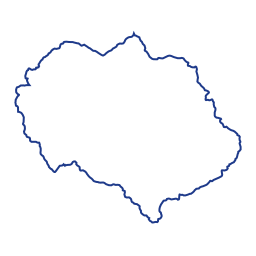 Supatá, Cundinamarca, Colombia (Mercator projection)
{"feature_id": "7082276B73232979228436", "entity_name": "Supatá", "entity_type": "district", "adm_level": 2, "iso_a3": "COL", "parent_name": "Colombia", "parent_adm1": "Cundinamarca", "projection": "mercator", "projection_center": [-74.247, 5.057], "detail": "fine", "context": "isolated", "style": "outline", "palette": "blue", "viewbox_px": 256, "rotation_deg": 0, "n_neighbors": 0, "source": "geoboundaries", "source_scale": "gbopen_adm2", "svg_char_len": 5723}
<svg xmlns="http://www.w3.org/2000/svg" viewBox="0 0 256 256"><path d="M55.0,172.0L55.8,171.2L59.7,165.8L62.2,165.5L62.8,165.1L63.5,164.4L63.7,164.8L64.2,164.8L64.1,165.1L64.4,165.4L64.6,165.3L64.9,165.6L65.1,165.3L64.9,165.1L65.1,165.0L65.4,165.3L67.7,164.9L70.0,164.8L71.5,164.1L72.8,162.0L73.8,161.5L75.0,161.4L76.4,162.7L76.5,162.9L76.2,164.1L77.1,165.3L79.1,166.6L79.6,167.1L79.7,167.9L79.7,169.0L80.2,170.3L80.8,170.6L83.0,170.3L85.3,171.6L86.5,173.0L86.9,173.8L88.8,176.3L90.3,177.7L91.5,178.5L92.7,179.7L93.5,180.8L94.1,181.2L96.3,181.9L98.1,182.1L99.0,182.5L99.8,182.5L100.7,182.7L102.0,182.5L103.2,182.5L104.4,182.9L106.1,184.2L108.9,185.2L111.3,185.3L113.2,184.3L113.8,184.3L115.5,184.9L117.9,184.8L119.5,185.1L120.7,186.7L121.2,187.0L122.3,188.0L122.8,189.0L122.8,190.3L124.7,191.0L124.9,192.2L124.4,194.6L124.8,195.6L124.9,196.3L125.2,196.9L126.7,197.5L129.1,197.4L130.4,198.3L131.1,199.2L131.6,201.3L132.1,202.1L133.4,202.7L134.2,203.7L137.1,204.2L139.6,206.1L139.7,206.4L139.5,208.0L140.2,209.7L140.9,210.6L141.0,212.4L141.5,213.3L143.3,214.8L144.3,215.4L145.1,215.5L146.2,215.4L146.6,215.6L147.5,217.0L149.2,218.1L148.8,218.7L148.8,219.3L149.9,220.8L151.4,221.6L152.1,222.4L152.6,222.5L153.5,222.4L155.6,221.9L157.2,222.1L157.7,221.7L158.0,221.2L158.2,219.1L158.6,218.9L159.6,218.8L160.3,218.4L161.1,217.5L161.6,216.4L161.6,215.2L161.2,214.3L160.9,212.8L160.7,212.4L159.9,211.9L159.5,211.2L159.4,210.5L159.5,208.8L159.9,207.0L161.0,204.5L163.6,200.7L165.8,200.4L166.5,199.9L166.9,199.0L168.3,198.6L169.5,198.7L171.2,199.4L171.7,199.4L175.6,198.7L176.1,198.7L177.1,199.0L177.9,199.7L178.6,199.5L178.9,199.3L179.1,198.7L179.4,194.9L179.6,194.5L181.2,194.9L182.5,194.8L183.7,195.4L185.4,195.4L187.7,194.7L189.9,193.8L190.9,193.8L192.6,192.6L194.0,191.3L194.7,190.2L195.5,189.6L196.3,188.8L198.9,188.5L199.7,187.5L201.3,186.7L202.9,186.3L206.1,185.0L206.8,184.6L207.8,183.7L209.7,181.6L210.1,180.9L210.6,180.8L211.8,181.2L212.3,181.1L213.5,180.0L219.0,177.6L221.4,176.3L222.0,175.6L222.2,174.5L221.7,171.5L221.7,170.9L221.9,170.4L222.7,170.3L224.5,170.5L226.2,170.0L226.9,169.6L227.7,168.5L227.3,167.3L227.3,166.7L229.1,165.8L229.4,164.3L230.4,164.1L231.7,163.2L233.9,162.2L234.6,161.0L235.2,160.5L235.4,159.0L236.4,158.3L237.0,157.0L237.7,154.0L238.3,152.8L238.2,152.1L238.3,151.7L239.5,150.9L240.6,149.5L240.6,146.8L239.6,143.5L239.7,142.9L240.4,141.9L240.2,141.1L239.7,140.3L239.6,139.6L239.5,138.2L239.8,136.9L239.1,135.8L237.4,135.1L237.3,134.0L234.7,131.6L233.3,130.8L231.3,130.2L230.1,129.6L227.8,128.1L227.4,127.5L226.4,126.7L225.1,127.2L223.8,126.9L223.3,125.4L222.6,123.9L222.4,123.6L221.3,123.1L220.1,121.7L220.1,120.3L220.5,119.7L221.1,119.1L220.9,118.7L218.0,117.8L216.8,117.7L216.1,117.4L215.0,116.4L214.7,115.5L214.7,112.4L215.4,110.1L215.5,108.8L215.2,107.8L214.4,107.1L214.2,106.7L213.7,104.4L213.8,102.3L213.0,101.4L212.5,99.8L212.3,99.5L211.8,99.4L210.3,100.1L209.2,100.3L208.0,99.8L206.0,100.1L205.8,100.0L205.6,99.6L205.6,98.8L205.9,97.9L205.7,96.3L205.9,95.6L207.1,94.3L208.7,92.9L208.9,92.5L208.7,91.9L208.2,91.4L206.4,90.5L205.0,90.3L204.8,90.1L204.2,88.7L203.6,87.9L201.2,85.8L199.8,83.7L198.3,82.7L197.4,81.6L197.7,78.9L198.0,77.8L197.4,74.9L196.4,71.5L196.9,69.4L196.8,68.7L196.3,67.1L195.9,66.7L195.5,66.6L195.2,66.7L194.4,67.4L192.5,67.3L191.3,67.0L189.7,66.0L188.1,65.8L187.9,65.5L187.9,64.2L188.4,63.0L188.3,62.6L186.9,62.1L185.9,61.4L184.4,59.8L183.7,58.6L183.0,58.2L181.8,57.9L180.1,58.2L177.7,58.2L173.9,57.1L171.3,56.0L170.1,55.7L169.0,55.7L167.8,56.0L162.8,58.4L161.0,58.3L159.1,57.9L158.3,58.0L157.4,59.2L156.8,59.3L153.4,59.2L152.1,58.8L149.6,56.8L148.1,53.8L146.5,51.6L144.9,50.7L144.7,50.1L145.3,48.2L144.5,45.5L142.8,43.9L141.8,41.7L140.7,40.8L139.7,38.6L139.4,37.4L138.5,36.9L137.3,36.5L136.4,35.8L134.8,35.4L133.9,33.5L133.4,35.2L131.9,36.7L130.8,37.0L129.3,37.1L128.2,37.5L126.5,38.6L125.7,39.4L125.0,40.5L124.7,41.5L123.4,43.3L122.8,43.5L121.3,43.7L119.9,43.5L118.5,44.1L117.3,44.8L116.4,46.6L114.3,47.9L113.0,48.5L111.8,49.9L111.2,50.4L108.6,51.4L106.3,53.1L104.8,54.6L103.2,55.5L102.5,55.4L101.1,54.7L98.3,52.9L96.8,51.8L95.1,50.9L93.3,50.8L92.9,50.6L90.1,48.4L88.5,47.7L87.7,47.0L84.2,44.7L81.7,45.7L81.3,45.6L78.6,43.4L77.3,43.3L73.7,42.4L72.9,42.1L69.0,42.0L66.5,41.7L64.3,41.9L64.0,42.0L63.5,42.5L63.5,42.9L63.1,43.5L62.7,43.7L61.4,43.8L60.6,44.5L60.4,45.0L59.8,47.4L59.3,48.2L56.4,48.9L54.5,48.6L52.6,49.6L52.4,50.1L51.7,50.4L50.4,52.4L49.7,52.9L49.2,53.3L48.7,53.3L48.3,54.0L48.2,54.6L47.1,55.6L46.4,55.9L45.1,57.0L43.7,57.4L42.8,58.5L42.5,59.5L41.5,60.1L40.6,61.2L39.7,62.6L39.2,63.6L38.6,64.3L38.6,65.0L39.1,66.1L38.5,67.3L38.0,67.2L37.1,67.8L36.6,67.6L36.1,67.7L35.8,68.9L35.4,69.3L33.6,69.4L32.3,69.9L31.2,69.6L29.5,68.5L29.0,68.4L28.6,68.6L28.3,69.1L28.1,70.1L27.1,70.6L26.4,71.9L26.1,73.4L25.4,75.5L25.3,76.2L25.6,78.2L26.0,78.5L26.9,78.4L27.6,78.6L27.0,80.2L27.1,80.9L28.2,83.5L29.4,85.1L26.8,85.1L24.2,85.6L23.6,85.4L20.7,85.5L18.8,86.8L16.9,87.4L16.5,88.3L16.1,89.7L16.2,92.1L16.5,92.7L17.8,94.1L18.9,94.7L18.9,95.1L18.6,95.5L17.8,96.1L17.3,96.8L15.7,99.8L15.6,101.4L15.4,102.6L15.7,103.7L15.8,105.0L16.1,105.8L17.3,106.2L18.0,107.3L18.1,111.8L19.4,112.0L21.0,112.7L21.5,113.1L22.7,114.8L23.8,117.3L23.6,122.0L23.0,123.9L23.1,124.3L24.4,125.6L24.8,126.7L24.9,128.7L24.8,129.4L24.3,130.9L24.0,131.3L24.3,133.1L24.5,133.5L25.4,134.3L26.3,135.0L26.6,136.3L26.9,136.8L29.6,137.7L30.0,138.7L30.1,140.7L31.4,141.8L36.0,141.8L37.4,142.6L39.2,142.7L39.8,144.5L39.7,146.1L40.2,146.8L40.7,148.5L40.7,150.8L40.5,152.2L40.6,153.6L40.8,154.1L41.9,155.3L43.1,156.1L43.5,156.7L44.3,158.9L45.0,159.9L46.7,161.6L47.3,163.7L48.7,165.8L48.9,166.9L50.3,168.4L50.9,168.9L51.6,169.1L53.5,171.4L54.4,172.0L55.0,172.0Z" fill="none" stroke="#1e3a8a" stroke-width="2"/></svg>